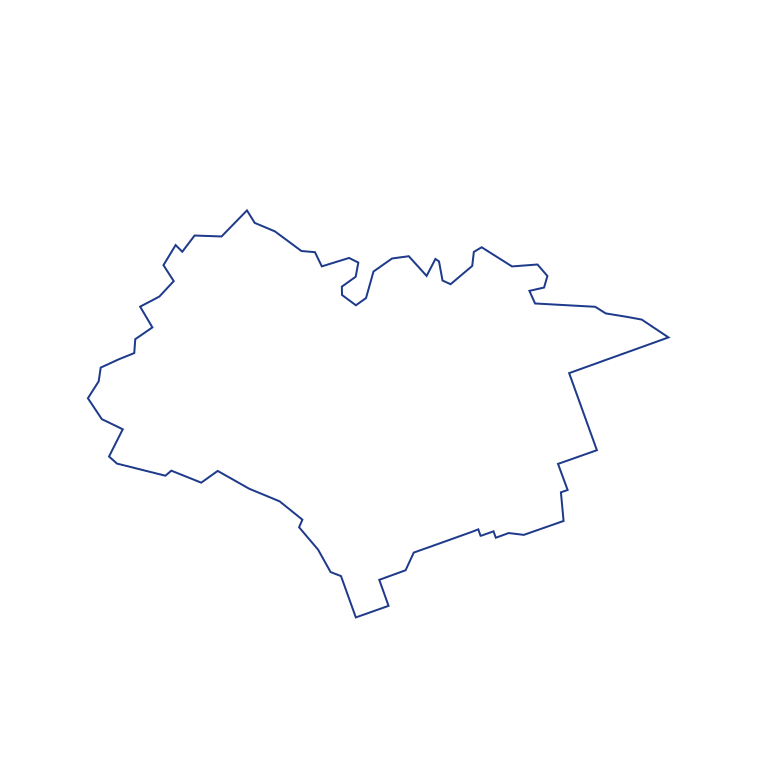 outline of St. Clair, Alabama, United States of America, rotated 250°
{"feature_id": "52423323B90675614750768", "entity_name": "St. Clair", "entity_type": "district", "adm_level": 2, "iso_a3": "USA", "parent_name": "United States of America", "parent_adm1": "Alabama", "projection": "orthographic", "projection_center": [-86.295, 33.69], "detail": "fine", "context": "isolated", "style": "outline", "palette": "blue", "viewbox_px": 768, "rotation_deg": 250, "n_neighbors": 0, "source": "geoboundaries", "source_scale": "gbopen_adm2", "svg_char_len": 1186}
<svg xmlns="http://www.w3.org/2000/svg" viewBox="0 0 768 768"><g transform="rotate(250 384 384)"><path d="M174.0,312.4L201.6,312.6L201.6,340.6L215.4,354.3L215.0,416.0L215.2,422.9L208.4,422.8L208.2,423.1L208.1,436.5L201.3,436.5L201.3,450.2L194.4,463.8L193.9,505.9L221.7,513.2L221.6,520.3L249.4,520.2L249.0,561.4L330.9,561.7L330.5,667.2L356.4,648.2L364.2,634.9L374.5,616.5L384.3,608.9L408.0,553.5L421.8,552.5L419.9,567.4L429.6,574.5L443.8,569.1L450.7,544.5L479.1,522.5L477.4,513.6L464.8,507.3L455.0,480.7L461.2,474.4L480.4,477.6L483.9,475.1L471.0,461.0L495.6,451.0L499.2,434.5L493.3,412.6L470.9,396.5L467.6,384.5L482.0,375.0L489.9,377.7L494.5,394.1L506.9,401.4L514.4,394.3L515.8,365.8L531.5,364.2L537.2,351.9L564.7,333.7L579.6,317.6L594.0,314.6L578.2,281.8L588.3,256.8L577.3,239.7L585.8,235.7L571.1,217.4L552.6,221.6L543.0,202.8L540.1,181.3L516.4,185.7L511.2,165.6L498.5,159.9L497.9,142.8L496.3,123.4L484.1,116.8L471.9,100.9L447.5,106.8L430.8,123.0L409.9,100.8L400.5,105.9L372.6,147.2L375.3,154.5L353.8,178.5L359.2,198.0L331.8,221.4L309.4,245.8L284.4,260.9L278.4,255.2L250.9,265.4L225.5,269.5L218.2,277.9L174.3,277.7L174.0,312.4Z" fill="none" stroke="#1e3a8a" stroke-width="2"/></g></svg>